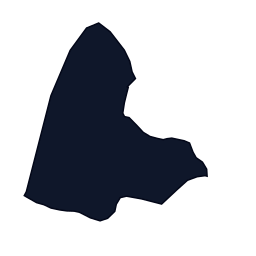 an SVG outline of Dojran, rotated 192°
{"feature_id": "MKD-3000", "entity_name": "Dojran", "entity_type": "Statistical Region", "adm_level": 1, "iso_a3": "MKD", "parent_name": "North Macedonia", "parent_adm1": "", "projection": "natural_earth1", "projection_center": [22.654, 41.217], "detail": "fine", "context": "isolated", "style": "filled", "palette": "ink", "viewbox_px": 256, "rotation_deg": 192, "n_neighbors": 0, "source": "natural_earth", "source_scale": "10m", "svg_char_len": 810}
<svg xmlns="http://www.w3.org/2000/svg" viewBox="0 0 256 256"><g transform="rotate(192 128 128)"><path d="M215.4,40.3L214.2,44.6L210.1,143.6L200.7,191.9L189.3,217.2L178.5,224.6L165.5,218.4L147.8,203.4L140.1,193.5L135.7,183.8L131.0,177.9L137.3,168.1L136.2,167.8L136.5,161.2L136.8,151.9L136.2,141.4L133.8,138.4L129.1,138.4L119.6,132.1L112.2,126.9L104.8,124.3L97.1,123.9L91.1,123.9L87.5,125.7L83.1,127.2L78.1,127.2L70.4,127.2L64.7,126.1L59.4,117.9L55.2,113.1L48.1,110.1L42.5,104.1L40.6,97.3L42.7,97.4L50.3,94.7L59.0,89.2L67.3,77.8L74.9,66.9L79.3,60.6L100.1,61.5L115.3,61.0L121.1,58.3L123.6,51.0L123.6,43.7L129.1,35.5L136.0,31.4L146.1,32.3L158.1,35.5L163.4,35.5L170.7,34.2L177.6,33.7L186.7,33.7L194.3,35.5L201.9,36.0L213.3,39.6L214.7,40.1L215.4,40.3Z" fill="#0f172a" stroke="#020617" stroke-width="1.5"/></g></svg>